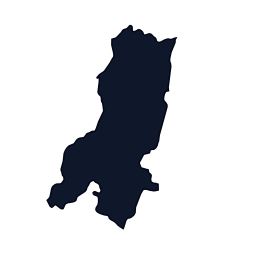 an SVG outline of Limerick, rotated 111°
{"feature_id": "IRL-726", "entity_name": "Limerick", "entity_type": "County", "adm_level": 1, "iso_a3": "IRL", "parent_name": "Ireland", "parent_adm1": "", "projection": "equal_earth", "projection_center": [-8.682, 52.516], "detail": "fine", "context": "isolated", "style": "filled", "palette": "ink", "viewbox_px": 256, "rotation_deg": 111, "n_neighbors": 0, "source": "natural_earth", "source_scale": "10m", "svg_char_len": 3689}
<svg xmlns="http://www.w3.org/2000/svg" viewBox="0 0 256 256"><g transform="rotate(111 128 128)"><path d="M26.7,115.4L27.3,115.4L28.7,115.7L31.2,114.8L41.9,115.0L47.8,114.1L50.6,113.2L52.8,111.4L55.2,110.1L75.7,105.1L78.7,103.5L80.1,105.8L83.1,106.3L86.6,105.8L89.0,104.9L90.0,103.7L91.0,101.8L92.4,100.0L94.2,99.2L123.5,96.3L129.2,94.9L131.2,94.9L131.4,94.9L133.9,94.6L136.5,95.0L138.6,96.3L139.5,98.5L140.7,99.4L143.5,99.1L146.9,104.0L156.6,105.2L160.6,101.5L159.9,94.1L161.5,93.3L162.6,92.1L163.0,90.7L163.7,89.5L165.4,89.0L166.6,88.9L167.9,88.5L169.1,87.8L170.0,87.0L170.5,84.7L169.8,82.0L169.7,79.8L175.1,77.6L176.8,80.3L177.4,81.6L177.8,83.7L178.0,84.3L178.1,84.8L178.5,88.7L178.7,89.5L179.7,91.7L181.7,92.2L185.0,92.7L199.2,92.7L204.5,91.1L205.9,91.2L207.6,91.6L210.2,93.2L211.3,94.3L211.9,95.3L212.1,96.1L214.8,96.9L223.6,96.4L222.9,100.3L222.3,102.3L220.6,105.8L220.2,107.0L219.6,111.1L219.2,112.4L218.6,113.3L217.4,114.3L217.0,115.0L216.8,115.9L217.3,117.9L217.6,119.8L217.7,122.9L217.6,124.6L217.4,125.9L216.9,127.4L216.5,127.9L216.3,128.2L216.0,128.5L215.6,128.7L214.8,128.9L213.9,129.0L213.0,128.9L211.1,128.5L210.1,128.5L208.1,128.8L205.5,129.7L202.8,131.1L202.6,131.2L202.4,133.1L202.4,135.7L201.9,136.7L201.1,137.3L200.2,137.1L199.6,136.6L199.3,135.7L199.4,133.4L199.4,132.5L199.3,131.8L199.1,131.4L198.9,131.1L198.6,130.9L197.9,130.7L197.1,130.5L196.2,130.6L195.6,130.9L195.2,131.1L193.7,132.6L191.7,133.9L191.2,134.4L190.8,135.1L190.5,135.9L190.3,136.8L190.1,139.1L189.3,140.7L189.3,141.5L189.8,142.5L191.7,143.9L192.6,144.3L193.2,144.4L193.3,144.4L194.0,144.4L195.5,144.6L197.5,145.0L198.6,145.1L200.6,144.9L201.9,145.2L203.3,146.0L210.0,150.8L211.3,151.0L214.4,150.8L215.6,151.7L216.9,153.3L219.0,157.1L220.4,158.6L221.7,159.5L226.4,159.7L227.0,160.5L227.2,161.9L225.6,167.1L225.5,168.4L226.3,169.1L227.1,169.5L228.1,169.9L228.8,170.3L229.3,170.9L229.1,172.0L228.7,172.9L224.4,177.5L222.0,176.4L221.2,176.2L219.8,176.1L212.1,177.4L211.0,177.4L209.6,177.2L207.9,176.3L206.9,175.5L206.2,174.8L205.8,174.2L204.9,172.0L204.6,171.3L204.2,170.7L203.4,170.2L202.4,169.8L199.9,169.2L198.6,169.3L197.0,170.2L196.2,171.0L195.7,171.9L195.2,172.5L193.0,173.8L191.3,175.3L190.0,175.7L182.5,176.4L174.7,178.4L171.5,178.4L168.4,177.7L166.9,177.1L165.8,176.5L162.7,173.2L162.1,172.7L161.0,172.3L157.6,171.5L156.6,171.0L155.8,170.4L155.3,169.9L154.4,168.7L153.8,167.3L153.4,166.6L152.8,165.9L152.2,165.4L151.3,165.1L148.8,164.5L148.0,164.1L147.4,163.6L146.3,162.2L145.8,161.7L145.2,161.3L144.6,160.8L144.1,160.2L143.7,159.5L143.2,158.0L141.7,157.4L139.1,157.3L132.9,157.6L121.9,156.8L120.4,156.9L114.0,160.4L112.5,162.1L111.8,162.5L111.0,162.9L110.1,163.3L108.7,164.0L108.1,164.5L107.7,165.2L107.4,166.0L107.1,166.7L106.7,167.4L106.2,168.0L105.6,168.5L104.9,168.9L94.6,171.5L92.3,172.4L91.3,173.2L91.7,173.8L92.3,174.4L92.3,174.8L91.9,175.0L88.8,173.9L87.1,172.9L84.6,171.0L83.0,170.2L73.5,167.9L68.9,167.3L67.0,166.8L65.7,167.0L63.7,167.8L56.3,172.8L50.9,174.8L48.9,172.1L48.4,171.6L47.5,171.0L46.8,170.6L44.2,169.6L41.8,168.5L38.8,167.8L38.1,167.5L37.6,166.9L36.7,165.8L35.6,164.6L34.9,164.2L32.1,163.1L31.6,162.7L31.4,161.9L31.8,160.8L32.6,160.2L35.1,159.2L35.8,158.7L36.1,158.1L36.2,157.2L35.4,156.1L34.8,155.4L32.9,153.9L32.5,153.5L32.2,152.6L32.2,151.8L32.6,150.1L33.1,149.1L33.7,148.3L34.3,147.8L34.9,147.3L35.3,146.7L35.4,145.9L34.7,144.7L34.2,144.0L33.5,143.3L32.6,142.1L32.3,141.3L32.3,140.2L32.8,138.6L33.4,137.7L33.8,136.7L34.1,135.1L34.5,134.4L34.9,133.9L35.6,133.4L36.3,132.9L36.9,132.3L37.2,131.4L37.1,129.9L36.5,128.8L35.6,127.7L33.6,126.1L32.2,124.7L30.6,122.6L30.3,120.9L29.8,119.0L27.5,116.7L26.7,115.4Z" fill="#0f172a" stroke="#020617" stroke-width="1.5"/></g></svg>